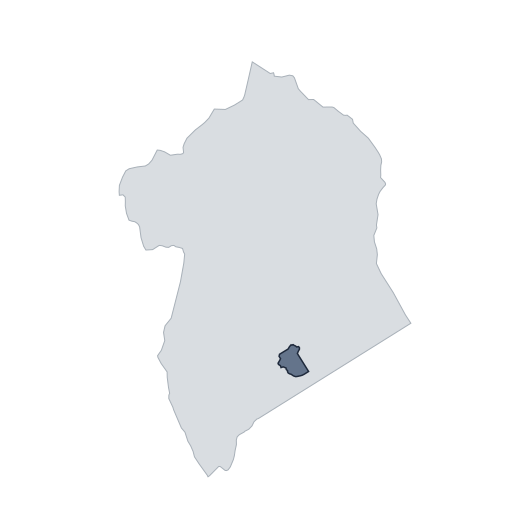 Masaka highlighted on a map of Uganda, rotated 328°
{"feature_id": "UGA-3362", "entity_name": "Masaka", "entity_type": "District", "adm_level": 1, "iso_a3": "UGA", "parent_name": "Uganda", "parent_adm1": "", "projection": "orthographic", "projection_center": [31.848, -0.502], "detail": "fine", "context": "in_parent", "style": "filled", "palette": "slate", "viewbox_px": 512, "rotation_deg": 328, "n_neighbors": 0, "source": "natural_earth", "source_scale": "10m", "svg_char_len": 2927}
<svg xmlns="http://www.w3.org/2000/svg" viewBox="0 0 512 512"><g transform="rotate(328 256 256)"><path d="M351.7,395.1L345.3,395.1L334.9,395.1L324.5,395.1L314.1,395.1L303.7,395.1L293.3,395.1L282.9,395.1L272.4,395.1L262.0,395.1L251.6,395.1L241.2,395.1L230.8,395.1L220.4,395.1L210.0,395.1L199.5,395.1L189.1,395.1L178.7,395.1L172.6,395.1L171.3,395.0L170.5,394.7L166.5,395.5L162.5,398.0L158.1,399.1L153.5,398.7L152.9,399.0L150.6,398.9L147.2,398.7L144.2,399.4L141.8,401.6L139.5,405.5L135.2,409.9L131.9,413.8L129.0,416.6L122.5,421.2L119.0,422.6L117.2,422.3L116.2,421.5L114.1,415.6L112.9,414.7L100.2,417.7L98.3,417.8L98.5,415.9L97.6,402.1L97.4,393.7L99.1,388.4L100.0,382.3L100.1,376.9L102.4,367.8L101.6,362.3L104.6,343.1L105.4,340.0L106.5,330.7L108.4,327.8L110.0,326.7L112.2,321.0L116.4,311.9L119.2,307.2L118.6,296.9L119.1,290.0L119.7,288.4L125.8,285.8L133.8,279.4L137.1,271.8L141.9,267.0L151.1,263.8L178.3,237.8L191.0,223.8L196.5,216.6L196.7,214.1L197.7,210.7L195.5,208.1L192.9,205.7L192.0,203.5L189.7,202.4L186.5,202.4L184.3,200.8L181.9,197.6L179.5,195.7L171.7,195.8L165.8,192.6L165.9,188.2L168.2,179.6L172.7,169.7L173.0,167.0L172.3,164.6L171.3,162.6L169.2,160.7L167.3,158.3L168.8,151.2L171.7,144.2L174.0,140.7L176.3,136.8L175.6,133.6L172.3,132.1L174.0,128.9L177.6,123.7L184.6,118.4L190.7,114.8L194.7,114.8L202.6,117.6L209.8,121.0L213.7,121.1L218.5,119.7L228.4,113.8L230.8,115.7L233.7,119.3L236.8,125.2L243.0,127.9L246.0,129.8L248.2,130.4L249.4,129.9L251.7,125.2L254.6,122.7L259.9,119.5L271.5,116.9L279.8,116.1L283.3,115.6L289.2,114.1L298.5,109.3L307.7,115.5L317.6,116.6L327.3,116.6L330.2,114.7L331.9,113.3L342.0,103.2L355.7,89.4L364.8,108.8L368.0,109.9L367.5,111.6L366.8,113.2L372.7,117.9L380.1,120.3L382.7,122.7L383.0,125.3L380.5,136.6L381.0,139.9L383.4,151.2L387.8,153.8L391.7,165.2L399.5,170.0L400.7,171.4L402.5,177.0L404.9,183.0L406.8,184.4L407.9,184.8L410.3,191.2L408.9,194.8L410.8,205.8L413.7,215.6L414.5,227.4L414.6,232.6L414.5,235.7L413.8,240.2L412.4,242.8L409.9,245.3L407.2,249.2L404.7,253.5L403.2,255.5L404.4,261.9L404.1,263.5L403.5,264.3L399.9,265.3L395.4,267.0L392.6,268.7L388.7,271.9L385.6,275.4L381.4,285.6L374.5,293.6L373.4,296.2L366.8,301.0L363.9,306.8L362.1,314.0L359.6,319.2L354.1,326.2L352.8,337.4L353.0,359.7L351.5,385.2L351.7,395.1Z" fill="#d9dde1" stroke="#a8b0b8" stroke-width="1"/><path d="M234.2,381.8L232.0,381.6L230.2,381.1L229.1,380.7L226.9,379.9L225.7,379.3L224.3,377.6L223.1,374.9L222.1,373.8L221.3,372.3L221.4,370.8L221.8,370.4L222.0,369.9L221.5,368.4L222.1,366.9L220.3,364.4L218.1,363.9L218.6,361.9L217.6,359.9L217.9,358.6L220.4,357.3L222.4,356.1L222.4,353.3L223.9,351.8L233.9,351.9L236.4,350.6L238.7,349.9L239.0,350.5L239.3,350.7L239.7,350.7L240.2,350.7L240.6,350.9L240.7,351.2L240.8,351.7L241.0,352.1L241.5,352.7L242.0,353.7L242.3,354.7L244.1,355.4L244.2,356.9L243.3,358.2L241.9,358.9L240.7,359.7L239.4,360.6L239.4,381.8L234.2,381.8Z" fill="#64748b" stroke="#1e293b" stroke-width="1.5"/></g></svg>